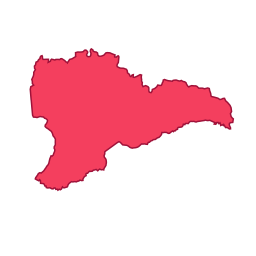 Caldas Novas, Goiás, Brazil (Robinson projection), rotated 279°
{"feature_id": "56859067B92379395223730", "entity_name": "Caldas Novas", "entity_type": "district", "adm_level": 2, "iso_a3": "BRA", "parent_name": "Brazil", "parent_adm1": "Goiás", "projection": "robinson", "projection_center": [-48.654, -17.771], "detail": "fine", "context": "isolated", "style": "filled", "palette": "rose", "viewbox_px": 256, "rotation_deg": 279, "n_neighbors": 0, "source": "geoboundaries", "source_scale": "gbopen_adm2", "svg_char_len": 4986}
<svg xmlns="http://www.w3.org/2000/svg" viewBox="0 0 256 256"><g transform="rotate(279 128 128)"><path d="M185.4,59.1L183.9,58.4L182.8,58.0L183.4,57.3L183.6,56.3L184.7,55.0L185.5,53.2L186.1,51.8L185.9,50.7L184.9,49.8L184.8,48.1L184.4,45.9L183.7,45.2L183.9,43.6L184.0,41.7L182.9,41.0L181.8,40.9L181.0,39.8L180.4,38.9L181.5,39.0L183.4,38.7L183.0,36.1L182.7,34.8L182.5,33.4L183.5,32.6L184.9,32.4L186.0,31.8L185.5,30.8L184.1,30.1L182.8,30.3L182.1,29.5L181.1,28.8L179.6,28.4L178.7,26.9L177.3,26.8L175.9,26.8L174.5,25.9L172.3,26.4L171.3,27.4L168.3,26.2L166.6,26.5L164.5,26.4L160.9,25.4L159.1,26.2L156.9,26.6L155.6,28.1L153.5,25.5L152.5,25.5L151.0,25.4L141.2,27.8L139.9,28.2L127.1,31.4L125.6,31.8L124.0,32.9L124.2,35.2L124.1,36.5L125.6,39.3L125.6,41.2L125.6,42.9L124.6,44.1L124.5,45.2L123.8,46.5L123.1,47.3L121.4,47.3L120.1,46.9L119.1,46.5L118.0,45.8L116.5,45.9L115.8,46.8L115.1,48.1L114.6,49.4L114.1,50.2L113.6,51.1L112.7,52.8L111.3,53.9L109.8,54.7L108.6,55.2L107.2,56.8L105.7,58.0L102.0,58.5L100.7,58.8L99.4,58.7L98.1,58.1L96.5,58.2L95.2,59.1L93.9,59.2L92.6,59.0L91.6,58.7L89.4,58.3L88.4,57.5L88.5,56.4L86.5,55.9L85.2,55.6L80.7,55.3L79.1,54.8L78.1,54.1L76.9,53.5L75.9,53.2L75.1,52.7L73.5,52.0L72.2,51.3L71.1,50.3L70.0,49.4L70.0,47.8L69.0,46.6L67.5,46.1L64.5,44.6L63.2,44.4L62.5,46.2L61.9,48.2L63.1,48.8L62.4,49.7L59.7,50.3L59.8,52.1L59.8,53.3L59.2,54.1L57.7,55.0L57.8,56.2L56.4,56.6L56.2,57.8L56.5,59.2L56.8,60.4L56.4,61.2L56.0,62.4L56.2,63.6L57.2,64.4L57.3,65.4L56.1,66.3L56.5,67.7L55.6,68.5L56.8,69.6L56.4,70.8L57.3,71.8L59.6,72.5L58.9,73.5L59.0,74.6L59.6,75.7L60.3,77.2L61.4,77.6L62.3,77.6L63.2,78.0L64.2,78.6L65.2,79.6L66.2,80.6L66.1,82.1L66.6,83.0L66.8,85.7L67.5,86.4L67.9,87.7L69.0,88.7L68.8,90.5L69.2,91.7L70.2,91.5L71.1,91.7L72.5,92.2L73.7,93.1L74.4,94.1L75.9,93.6L76.7,94.1L77.0,95.2L78.0,95.8L79.2,96.6L79.3,98.0L79.8,99.6L80.9,100.3L81.3,101.6L82.1,103.0L81.0,104.8L82.2,105.7L83.0,106.5L82.5,108.1L82.9,109.2L82.8,110.6L84.0,110.6L85.4,111.1L86.4,111.6L87.8,112.1L89.0,112.0L90.1,112.1L91.6,111.8L92.6,111.5L93.6,111.1L94.3,110.5L95.6,109.1L97.1,108.7L98.7,109.1L100.1,108.9L101.1,108.9L102.3,110.1L111.8,119.6L113.1,121.2L112.8,122.2L112.3,123.1L110.5,125.4L110.7,129.3L110.5,130.4L110.0,131.5L109.2,132.9L108.9,134.1L108.8,135.4L109.3,136.7L109.6,138.1L110.0,139.2L110.4,140.1L111.3,141.4L114.3,143.8L114.5,145.4L114.9,147.0L114.8,148.2L114.9,149.7L116.0,149.9L117.0,150.4L117.3,151.4L118.9,152.7L119.3,153.7L120.5,154.9L121.0,156.8L122.9,158.6L123.6,160.1L125.1,161.2L126.8,162.1L128.9,162.2L129.0,163.6L129.5,165.0L129.6,166.9L129.0,168.6L129.3,169.9L130.3,170.7L132.0,172.4L131.5,173.5L132.5,174.1L132.7,175.3L134.0,175.9L134.4,177.1L135.5,177.0L136.4,177.5L137.3,180.6L138.0,181.5L139.5,182.0L140.4,182.1L140.2,183.6L141.4,184.0L141.7,185.2L141.8,186.8L143.0,187.4L143.9,188.1L144.4,189.0L144.5,190.5L144.9,192.1L144.6,193.3L144.6,194.4L145.3,195.6L146.1,198.3L147.0,201.0L147.3,202.1L147.9,203.1L147.8,204.2L147.8,205.6L148.4,207.6L147.2,212.0L146.9,213.0L145.4,212.5L145.4,214.0L146.2,214.7L147.2,214.6L147.6,216.1L146.5,217.1L147.5,218.0L146.7,218.5L145.0,219.2L146.0,220.6L145.4,221.7L146.3,222.0L145.0,223.2L143.7,224.3L144.0,225.7L143.5,227.2L142.9,228.2L143.2,229.4L144.5,229.1L145.7,228.2L147.2,227.5L148.4,227.5L149.3,228.4L149.9,230.6L153.5,230.6L154.2,229.4L155.4,228.1L158.2,226.9L160.5,227.7L164.2,226.6L166.3,225.2L168.9,222.2L169.8,220.6L171.1,219.5L172.4,218.7L172.1,217.3L171.0,215.7L170.5,214.3L171.5,212.2L172.0,208.0L172.1,205.9L172.6,205.0L175.2,204.2L177.7,202.8L179.7,202.1L180.0,200.5L178.7,197.4L179.0,195.6L178.9,194.6L178.4,191.6L179.8,189.8L180.2,188.5L179.9,186.2L179.8,184.3L178.9,182.5L178.1,181.7L178.5,180.7L180.4,179.0L181.8,178.2L182.5,176.8L182.6,174.9L183.3,173.2L182.5,171.9L182.5,170.4L182.9,168.2L182.6,166.7L182.1,165.1L181.1,164.4L181.1,162.2L181.0,160.4L181.2,158.6L181.6,156.4L180.8,155.3L179.4,155.4L178.1,154.9L176.3,154.6L175.3,154.2L175.0,152.7L175.1,150.7L173.1,149.9L171.1,148.1L169.9,146.0L168.0,146.0L166.5,145.2L166.7,143.5L167.8,142.8L170.9,142.3L171.8,141.5L172.3,140.2L172.6,138.7L171.2,136.4L173.3,135.0L174.9,135.1L176.6,134.0L177.9,133.9L179.7,133.3L180.9,133.1L182.4,133.1L182.6,131.6L180.3,128.6L178.9,126.2L179.1,125.1L181.5,124.9L181.0,123.8L179.2,122.8L179.9,121.6L181.2,121.0L182.4,118.9L184.4,118.3L185.7,117.3L186.3,114.3L186.0,111.7L186.0,110.6L186.3,109.5L186.9,107.8L188.1,107.3L189.5,107.5L191.1,108.2L196.8,107.9L197.7,107.3L197.4,106.3L196.3,105.6L196.1,103.7L197.2,103.5L198.1,103.8L198.9,100.2L199.4,98.4L199.2,95.7L198.7,94.4L196.1,92.7L194.7,90.2L194.4,88.2L195.2,86.9L197.4,86.1L198.1,84.6L198.0,83.4L198.4,81.7L199.7,81.0L200.4,79.4L199.6,78.8L197.9,78.7L195.8,79.8L193.7,79.8L192.7,79.3L192.3,78.1L192.3,76.8L193.1,75.9L194.3,75.7L195.9,76.3L196.8,76.3L197.7,75.4L198.4,74.2L198.0,72.9L196.4,71.8L195.9,70.6L195.4,68.4L195.2,66.5L194.2,64.4L192.8,64.7L191.6,64.8L190.4,65.2L188.9,63.4L187.6,61.9L187.0,60.5L186.6,59.6L185.4,59.1Z" fill="#f43f5e" stroke="#9f1239" stroke-width="1.5"/></g></svg>